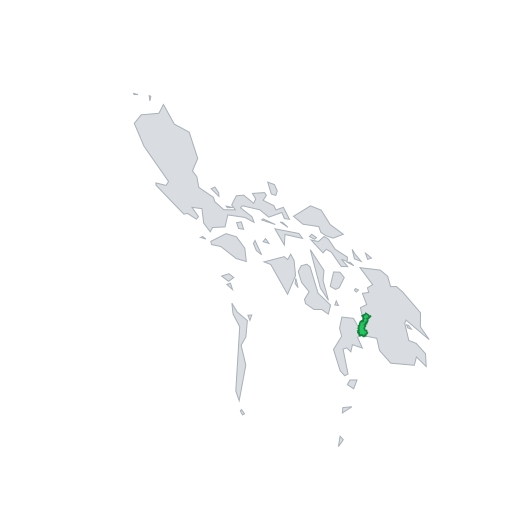 Lanao del Norte, Lanao del Norte, Philippines (highlighted), rotated 325°
{"feature_id": "2640588B52014741175725", "entity_name": "Lanao del Norte", "entity_type": "district", "adm_level": 2, "iso_a3": "PHL", "parent_name": "Philippines", "parent_adm1": "Lanao del Norte", "projection": "equal_earth", "projection_center": [123.903, 8.014], "detail": "fine", "context": "in_parent", "style": "filled", "palette": "green", "viewbox_px": 512, "rotation_deg": 325, "n_neighbors": 0, "source": "geoboundaries", "source_scale": "gbopen_adm2", "svg_char_len": 7252}
<svg xmlns="http://www.w3.org/2000/svg" viewBox="0 0 512 512"><g transform="rotate(325 256 256)"><path d="M242.9,74.5L258.3,83.4L267.1,78.8L264.7,101.1L272.3,116.3L264.2,142.7L252.8,149.8L253.0,157.2L248.5,167.0L254.8,183.6L253.4,188.0L256.2,199.7L265.6,206.4L265.4,200.2L274.4,195.4L280.8,199.1L284.3,211.5L288.5,209.1L289.0,202.7L299.4,209.0L299.2,212.3L293.8,214.5L299.5,225.1L298.7,229.7L306.3,231.8L304.5,245.1L300.7,241.6L302.2,235.2L288.7,231.5L285.6,220.3L273.7,207.1L271.0,207.6L275.2,221.6L273.7,227.3L269.0,218.0L256.5,206.2L247.3,214.4L236.7,207.7L232.4,210.0L232.0,199.1L238.9,186.2L231.5,179.5L231.5,190.8L228.3,191.6L224.4,182.0L220.9,180.3L214.7,140.7L215.9,138.7L222.8,146.6L227.1,144.8L227.2,101.8L232.4,77.5L242.9,74.5ZM334.5,325.2L349.8,338.9L352.2,348.2L348.7,358.3L353.5,361.5L355.5,369.6L358.2,396.9L350.0,408.3L349.9,423.8L342.1,394.5L339.2,396.5L332.7,412.9L337.1,419.4L338.8,433.3L332.0,444.2L329.5,430.7L323.0,436.3L304.9,421.1L303.0,404.2L307.7,392.7L296.2,380.6L292.5,380.9L290.3,392.4L284.1,384.0L278.7,388.9L277.6,383.3L273.9,382.2L263.7,405.5L260.0,405.0L259.1,398.3L265.9,377.0L280.1,370.9L283.1,363.0L291.3,355.3L300.1,363.0L299.0,374.0L307.5,368.8L311.9,358.2L318.8,359.3L321.7,347.6L327.5,350.5L329.0,346.0L335.1,346.4L334.5,325.2ZM288.9,339.0L281.9,345.1L279.2,337.6L272.8,333.0L269.3,323.3L270.9,319.3L279.0,315.7L278.2,303.8L281.7,292.9L287.5,289.9L292.9,291.9L294.1,295.9L285.5,322.1L288.9,339.0ZM329.4,246.2L335.7,255.8L334.8,272.8L340.0,288.3L329.4,285.6L325.2,280.0L322.7,273.8L324.3,267.9L312.7,256.9L309.5,245.0L329.4,246.2ZM259.2,265.4L278.7,272.7L279.9,277.1L285.5,274.4L284.6,281.5L277.2,294.7L259.9,305.5L263.2,271.4L259.2,265.4ZM185.1,339.5L159.2,364.9L162.0,355.0L202.1,304.6L203.9,290.4L209.2,280.8L208.5,291.0L211.9,303.9L201.3,316.5L192.6,320.6L185.1,339.5ZM227.4,218.1L244.3,220.5L251.0,229.1L251.3,243.1L244.9,255.0L238.3,246.7L232.6,228.0L226.1,221.1L227.4,218.1ZM315.4,279.9L323.0,279.1L325.0,283.7L324.7,295.8L330.2,309.4L327.5,312.8L324.2,307.7L325.0,317.3L319.8,313.4L319.9,295.9L317.3,290.8L312.7,291.9L310.3,274.4L315.4,279.9ZM289.9,333.9L290.3,319.2L304.1,281.9L303.4,306.8L296.9,314.5L289.9,333.9ZM315.9,324.3L305.9,329.7L301.9,328.9L299.4,323.4L310.4,313.6L315.5,317.4L315.9,324.3ZM287.1,244.6L304.1,262.2L304.2,268.3L292.1,255.0L285.5,263.3L287.1,244.6ZM310.7,214.9L307.0,217.7L304.1,214.0L308.0,202.2L312.1,208.1L310.7,214.9ZM267.6,415.5L259.8,420.8L257.1,413.7L261.9,411.5L267.6,415.5ZM216.3,252.7L223.6,255.0L225.4,260.9L218.9,261.0L216.3,252.7ZM259.3,217.5L263.5,219.6L261.2,227.0L257.5,223.5L259.3,217.5ZM240.2,430.0L248.1,434.5L236.7,434.1L240.2,430.0ZM339.1,320.7L335.0,314.8L338.6,305.7L338.2,311.2L339.1,320.7ZM264.1,242.7L261.3,258.2L259.4,251.8L261.1,244.2L264.1,242.7ZM221.5,451.9L222.1,456.6L214.2,459.4L221.5,451.9ZM261.9,176.0L261.7,182.9L259.8,185.9L257.9,175.1L261.9,176.0ZM275.8,297.1L272.3,306.1L272.3,300.9L275.8,297.1ZM219.5,263.6L217.5,270.0L215.8,262.5L219.5,263.6ZM316.1,275.7L313.5,275.8L310.9,270.7L314.1,270.1L316.1,275.7ZM273.8,247.2L273.8,253.1L270.0,248.3L273.8,247.2ZM349.4,323.9L345.5,322.8L347.3,316.5L349.4,323.9ZM283.1,229.6L289.9,241.3L281.3,229.7L283.1,229.6ZM218.7,301.9L214.1,305.2L215.4,299.9L218.7,301.9ZM296.0,338.8L295.1,343.8L292.5,341.3L296.0,338.8ZM297.1,243.8L298.6,250.8L295.3,242.0L297.1,243.8ZM156.1,378.7L153.8,378.4L154.3,373.9L156.1,373.4L156.1,378.7ZM320.4,342.7L317.4,343.0L317.1,340.3L318.9,339.8L320.4,342.7ZM341.3,405.1L339.1,401.9L339.8,398.7L341.2,400.3L341.3,405.1ZM223.5,209.5L224.7,213.4L221.2,208.9L223.5,209.5ZM329.4,314.9L330.6,320.1L327.3,313.8L329.4,314.9ZM261.4,64.9L258.0,68.1L260.5,63.4L261.4,64.9ZM264.8,203.0L260.2,200.0L260.3,198.0L264.8,203.0ZM249.0,52.6L251.9,56.1L248.7,53.8L249.0,52.6Z" fill="#d9dde1" stroke="#a8b0b8" stroke-width="1"/><path d="M315.3,370.8L314.7,370.8L314.3,370.5L314.1,368.5L313.4,366.7L313.1,366.0L312.9,366.2L312.8,366.3L312.3,366.3L311.8,366.4L311.1,366.2L311.1,366.4L310.9,366.3L310.6,366.1L310.3,366.0L310.0,366.1L309.7,366.5L309.5,366.2L309.4,365.9L308.8,366.0L308.5,365.9L308.5,366.1L308.7,366.7L308.7,366.9L308.7,367.0L308.9,367.2L308.9,367.3L308.7,367.7L308.6,367.8L308.5,368.0L308.4,368.5L308.2,368.7L308.2,368.8L308.3,368.9L308.2,368.9L308.2,369.1L308.0,369.4L307.9,369.4L307.6,369.4L307.5,369.5L307.3,369.8L307.3,369.7L307.2,369.7L307.2,369.8L306.8,370.1L306.6,370.1L306.2,370.0L305.9,370.0L305.7,370.0L305.5,369.9L305.5,370.0L305.4,369.9L305.3,370.0L305.3,369.9L305.1,369.9L305.1,370.0L305.0,369.9L304.9,369.9L304.7,370.0L304.6,369.9L304.4,369.8L304.2,369.9L304.0,369.7L303.9,369.7L303.8,369.8L303.7,369.8L303.5,370.0L303.4,370.1L303.2,370.2L303.1,370.3L302.8,370.4L302.5,370.5L302.3,370.6L302.2,370.7L302.2,370.8L301.8,371.0L301.6,371.4L301.5,371.6L301.4,371.9L301.3,372.0L301.2,372.0L300.9,372.1L300.6,372.4L300.4,372.4L300.2,372.3L300.1,372.2L300.0,372.3L300.0,372.5L299.9,372.5L299.9,372.4L299.9,372.5L299.8,372.8L299.7,373.0L299.7,372.9L299.6,373.0L299.4,373.1L299.3,373.3L299.2,373.3L299.1,373.6L298.9,373.7L298.7,373.7L298.8,373.8L298.6,374.1L298.6,374.4L298.5,374.5L298.3,374.9L298.1,374.9L298.1,375.0L298.0,375.3L297.9,375.4L297.8,375.6L297.7,375.5L297.4,375.6L297.2,375.8L297.2,376.0L297.2,375.9L297.1,376.0L296.9,376.0L296.7,376.1L296.8,376.1L296.7,376.2L296.7,376.3L296.6,376.2L296.6,376.3L296.5,376.5L296.4,376.7L296.4,376.8L296.4,376.7L296.4,376.8L296.3,376.7L296.2,376.8L296.0,376.7L295.9,376.8L295.9,376.6L295.6,376.9L295.5,377.3L296.1,377.6L296.2,377.8L296.1,378.0L296.0,378.3L295.9,378.3L295.8,378.5L296.2,378.5L296.0,378.9L295.8,378.9L295.8,379.0L295.7,379.0L295.5,379.5L295.4,379.5L295.2,379.8L295.3,379.9L295.3,380.0L295.3,380.3L295.4,380.2L295.4,380.4L295.6,380.4L295.6,380.5L295.8,380.5L296.0,380.5L296.3,380.6L296.5,380.7L296.8,380.8L296.8,381.0L296.7,381.1L296.8,381.1L297.1,381.2L297.3,381.3L297.2,381.4L297.4,381.4L297.4,381.5L297.5,381.6L297.7,382.0L297.7,382.4L297.7,382.5L297.7,382.8L297.7,383.0L297.9,383.1L297.9,382.9L298.1,382.9L298.3,383.1L298.4,383.4L298.5,383.4L298.5,383.5L298.4,383.8L298.5,383.8L298.4,383.8L298.5,383.9L298.8,383.8L299.3,383.9L299.5,384.1L299.9,384.0L300.1,384.1L300.1,383.8L300.2,383.7L300.3,383.5L300.3,383.2L300.2,383.2L300.5,382.9L301.2,383.1L302.0,383.3L302.3,383.3L303.3,382.8L303.2,382.2L303.2,381.5L303.3,381.1L303.5,380.9L303.9,380.5L303.8,380.3L303.2,380.0L302.9,379.5L302.7,379.0L302.6,378.9L302.8,378.5L303.3,377.9L303.0,377.3L303.5,376.9L303.9,376.7L305.4,376.4L305.5,376.2L305.3,375.9L305.7,375.8L305.8,375.3L305.6,375.2L305.4,375.3L305.4,375.0L305.6,375.1L305.6,374.8L305.6,374.5L305.9,374.6L306.3,374.5L306.4,374.4L306.6,374.4L306.6,374.8L307.0,374.8L307.0,374.7L307.4,374.8L307.3,374.6L307.6,374.6L307.6,374.3L307.5,374.2L307.8,374.0L307.8,373.9L307.8,373.6L307.7,373.6L307.8,373.5L307.8,373.4L308.0,373.4L308.5,373.4L308.6,373.5L308.7,373.8L309.1,373.8L309.2,373.7L309.3,373.9L310.3,373.3L310.5,373.1L310.4,372.9L310.4,372.7L310.5,372.5L310.6,372.3L310.7,372.2L310.8,372.1L310.7,372.1L311.1,372.1L311.2,371.9L311.2,371.7L311.1,371.4L311.1,371.2L311.1,370.9L311.3,370.9L311.7,371.0L311.9,371.3L312.5,371.7L313.0,371.6L313.3,371.1L313.5,370.7L313.6,370.9L313.6,371.0L313.9,371.3L315.0,371.3L315.1,371.2L315.3,371.1L315.3,370.9L315.3,370.8Z" fill="#22c55e" stroke="#15803d" stroke-width="1.5"/></g></svg>